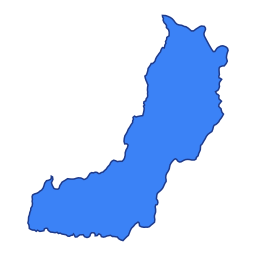 Promissão, São Paulo, Brazil
{"feature_id": "56859067B81911907857005", "entity_name": "Promissão", "entity_type": "district", "adm_level": 2, "iso_a3": "BRA", "parent_name": "Brazil", "parent_adm1": "São Paulo", "projection": "mercator", "projection_center": [-49.88, -21.492], "detail": "fine", "context": "isolated", "style": "filled", "palette": "blue", "viewbox_px": 256, "rotation_deg": 0, "n_neighbors": 0, "source": "geoboundaries", "source_scale": "gbopen_adm2", "svg_char_len": 4539}
<svg xmlns="http://www.w3.org/2000/svg" viewBox="0 0 256 256"><path d="M204.3,26.4L201.5,26.0L200.0,26.5L197.7,28.0L196.2,28.9L193.6,30.9L191.3,30.9L188.3,28.2L185.9,26.7L184.4,26.5L181.8,25.3L178.8,24.9L177.0,24.2L175.4,22.8L173.6,20.3L172.1,18.7L170.4,17.5L168.2,16.5L165.7,15.6L162.4,15.4L162.6,17.0L163.4,18.3L163.1,20.2L164.1,22.6L165.5,24.0L166.5,25.5L166.4,27.6L168.5,29.6L169.2,32.0L169.1,35.8L166.8,37.4L166.5,39.8L165.5,41.5L165.9,43.3L165.1,44.5L164.7,46.0L164.3,47.9L162.4,47.6L161.3,49.3L160.4,51.9L158.9,53.8L157.8,55.4L156.7,56.9L155.6,59.1L155.2,60.8L154.1,62.3L152.6,63.5L151.2,63.5L150.4,65.1L149.1,67.0L148.1,68.4L147.8,70.7L147.2,72.8L146.4,75.0L144.9,76.1L145.3,78.1L146.0,80.3L146.8,82.0L147.3,83.5L148.0,85.0L147.6,87.0L147.4,90.0L147.7,92.1L147.5,93.6L147.7,95.3L147.5,97.1L146.2,98.7L145.8,100.8L144.0,101.7L143.7,103.4L144.6,105.0L143.5,106.1L144.2,108.0L144.0,110.3L143.5,112.8L142.7,115.6L140.1,116.0L137.7,116.5L136.1,117.0L134.5,116.1L133.0,117.4L133.4,119.3L132.7,120.6L132.6,122.6L131.1,124.7L129.8,127.0L128.3,129.2L127.1,132.1L126.1,133.9L124.9,135.8L124.3,138.3L124.0,141.3L124.7,143.9L126.8,143.8L128.1,145.1L127.3,147.9L126.1,149.8L125.2,152.7L125.2,155.3L124.5,158.1L123.6,159.8L122.1,161.3L119.3,161.3L117.3,161.6L115.7,160.8L113.7,160.2L112.0,161.1L110.8,162.4L109.7,164.7L107.6,167.0L106.2,169.1L104.6,170.5L103.1,172.0L101.1,172.6L100.0,173.5L98.5,173.5L97.0,172.4L95.2,172.2L93.3,172.9L91.7,172.6L90.1,173.4L88.9,175.2L88.1,176.5L86.9,178.1L85.3,179.1L83.9,179.5L82.7,178.8L80.9,178.0L78.3,177.8L76.2,178.3L74.1,179.0L72.1,179.1L70.0,179.0L67.6,178.7L66.5,179.4L65.3,180.2L63.4,181.3L61.9,182.3L61.2,183.6L59.9,185.5L59.1,188.2L57.8,189.2L55.3,189.0L53.9,188.4L52.3,185.4L51.4,182.8L52.9,179.4L52.5,176.9L51.3,176.2L51.2,178.6L50.2,179.6L48.4,180.3L46.5,180.7L44.7,183.2L44.1,185.4L43.2,187.9L41.6,190.1L39.8,191.2L38.6,192.3L37.0,193.2L34.3,194.0L32.6,195.0L32.1,196.7L32.4,199.5L32.1,201.3L32.5,203.3L32.2,206.0L30.8,208.3L30.7,210.2L29.8,212.6L29.4,214.9L28.6,217.0L28.4,220.5L27.9,223.0L28.9,224.8L29.2,226.7L29.3,228.5L31.2,229.6L32.7,230.1L34.6,230.1L36.2,231.3L37.5,230.2L39.8,231.4L41.9,231.1L43.9,230.7L44.4,228.8L46.1,228.2L47.5,228.5L48.1,230.2L49.4,231.3L50.7,232.1L52.3,232.2L55.0,232.7L57.2,232.3L58.4,233.5L60.2,233.1L61.9,234.0L64.1,234.4L66.1,234.8L67.8,236.1L69.4,236.3L71.0,235.4L72.4,235.2L73.5,233.9L74.4,235.4L75.3,237.0L77.1,236.9L78.7,235.6L80.0,234.8L81.4,234.8L83.2,234.7L84.6,236.7L87.0,237.5L88.8,237.0L90.0,235.8L90.5,233.9L91.7,232.7L94.0,232.8L95.2,234.3L95.2,235.8L97.1,235.6L98.9,233.8L100.7,234.8L101.4,236.6L103.4,237.1L105.1,236.8L106.9,236.0L108.9,235.6L110.5,235.3L112.4,236.5L114.0,236.5L115.4,236.7L117.4,237.0L118.6,238.6L120.5,239.8L123.0,240.6L124.6,238.9L126.7,236.8L128.4,235.3L129.2,233.3L130.1,230.9L131.4,228.3L133.6,226.1L135.2,224.1L138.0,222.1L139.2,223.1L139.5,225.8L141.3,226.8L144.0,227.3L146.0,227.1L147.5,227.2L149.3,226.7L151.3,224.9L152.6,223.9L154.5,222.2L154.8,219.5L154.4,217.0L154.5,215.3L155.1,213.6L155.6,212.1L155.6,209.2L155.2,206.8L155.7,205.0L157.3,204.5L157.9,202.6L157.6,200.6L156.4,198.9L156.6,197.0L156.8,195.0L157.3,193.5L158.3,192.4L159.9,191.1L161.5,189.6L162.6,188.2L163.4,186.7L164.0,185.3L164.9,183.3L166.1,181.5L166.1,179.8L165.7,177.8L165.9,175.5L166.7,173.4L167.7,171.9L168.6,170.3L169.3,168.7L169.6,166.9L170.1,164.8L171.1,163.0L172.4,161.3L174.1,159.5L175.4,158.8L176.7,159.5L177.6,160.9L179.3,162.0L180.9,161.9L182.2,161.2L183.6,160.4L185.5,159.6L187.6,159.4L189.4,159.5L191.9,160.0L194.3,160.0L195.9,159.2L196.4,157.4L198.1,155.8L198.7,153.5L199.6,151.5L200.3,149.8L200.6,145.4L201.8,144.4L202.9,142.6L204.1,140.5L205.1,138.9L206.4,136.3L207.9,134.4L209.7,133.0L211.9,131.5L212.8,129.2L213.5,126.4L214.3,125.1L215.7,124.6L217.3,123.3L218.8,121.7L219.7,120.0L221.2,118.1L222.4,116.2L223.5,114.1L222.0,112.4L221.3,110.2L221.0,108.7L219.8,107.6L218.7,106.4L219.0,104.4L220.3,102.8L221.5,101.2L220.1,99.9L219.0,98.9L218.8,97.2L219.1,95.8L218.1,94.6L216.7,93.9L215.5,91.7L217.9,90.3L218.8,88.8L219.5,86.5L219.2,84.3L219.5,82.4L220.6,80.8L221.7,79.3L220.4,78.4L219.0,77.8L218.8,76.2L219.4,74.6L219.2,73.0L219.1,71.3L219.0,69.5L219.2,67.8L220.2,66.7L222.6,65.9L224.2,65.9L225.6,64.3L226.5,62.9L227.3,61.1L226.8,59.3L226.4,57.8L226.6,55.6L227.1,53.4L228.1,50.4L227.5,48.3L225.9,46.9L224.4,46.3L222.9,45.8L220.9,46.0L218.2,47.3L216.8,48.5L214.8,51.5L213.3,51.6L211.6,49.3L209.2,45.2L206.5,40.2L204.3,36.0L203.9,33.9L204.3,32.3L205.5,29.5L205.4,28.0L204.3,26.4Z" fill="#3b82f6" stroke="#1e3a8a" stroke-width="1.5"/></svg>